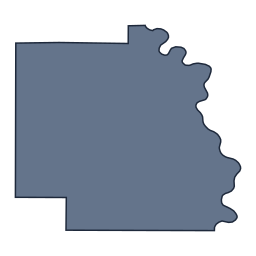 outline of Burt, Nebraska, United States of America
{"feature_id": "52423323B77743332885702", "entity_name": "Burt", "entity_type": "district", "adm_level": 2, "iso_a3": "USA", "parent_name": "United States of America", "parent_adm1": "Nebraska", "projection": "robinson", "projection_center": [-96.168, 41.865], "detail": "fine", "context": "isolated", "style": "filled", "palette": "slate", "viewbox_px": 256, "rotation_deg": 0, "n_neighbors": 0, "source": "geoboundaries", "source_scale": "gbopen_adm2", "svg_char_len": 1703}
<svg xmlns="http://www.w3.org/2000/svg" viewBox="0 0 256 256"><path d="M66.0,230.2L214.4,230.6L214.5,227.4L215.1,226.0L216.2,224.2L218.9,222.2L222.0,221.0L228.7,222.4L232.4,222.0L235.4,220.0L236.7,218.2L237.1,217.1L237.0,216.0L236.6,215.0L235.8,213.5L233.7,210.9L230.1,208.5L223.2,205.2L221.8,203.2L221.5,201.5L221.4,199.6L222.2,196.1L223.1,194.9L225.5,193.4L228.2,192.6L231.4,191.0L233.6,188.4L234.3,186.3L234.0,180.8L234.7,177.2L236.7,174.2L239.8,170.9L240.6,168.6L240.5,166.8L239.4,164.3L238.3,162.7L235.6,160.3L233.1,159.0L227.2,157.5L225.2,156.7L222.6,155.0L220.9,153.0L220.1,151.3L219.4,148.8L219.3,147.3L220.7,142.0L220.7,139.7L219.6,137.2L217.9,134.8L216.9,133.8L213.7,131.7L210.3,130.4L208.2,129.1L206.4,127.3L205.1,125.9L203.9,124.2L203.2,122.5L202.9,121.0L202.6,116.9L201.9,115.1L200.4,112.8L197.6,110.0L196.0,107.3L195.9,105.2L196.5,103.8L197.2,102.7L199.4,101.4L205.0,99.7L206.1,98.9L207.5,96.6L207.8,95.1L207.5,93.1L204.4,87.3L203.9,85.0L204.3,83.3L204.8,82.5L208.1,79.0L209.1,77.0L210.9,71.7L211.1,69.1L210.8,68.0L209.4,66.3L205.4,64.4L198.4,63.2L196.5,63.3L193.1,63.9L190.3,65.1L188.9,65.4L185.7,65.2L184.8,64.8L182.8,62.9L182.3,62.2L182.1,60.8L183.3,58.1L185.4,54.6L185.9,53.3L186.0,52.1L185.5,50.6L183.9,48.5L181.0,47.2L175.7,46.8L171.5,48.3L170.4,49.9L168.5,53.5L167.5,54.6L166.8,55.0L164.8,55.2L161.7,54.1L159.8,52.4L159.2,51.5L159.0,50.4L159.2,48.1L160.7,45.1L165.7,41.6L167.6,39.3L168.5,37.3L168.4,35.4L167.6,33.3L166.7,32.2L163.7,30.0L160.9,28.9L157.0,28.6L153.5,29.8L152.8,30.6L150.5,30.1L149.2,29.6L147.0,28.2L145.7,26.7L145.1,25.5L145.1,25.4L128.3,25.8L128.2,43.5L59.1,42.5L15.8,43.1L15.4,197.3L66.3,197.5L66.0,230.2Z" fill="#64748b" stroke="#1e293b" stroke-width="1.5"/></svg>